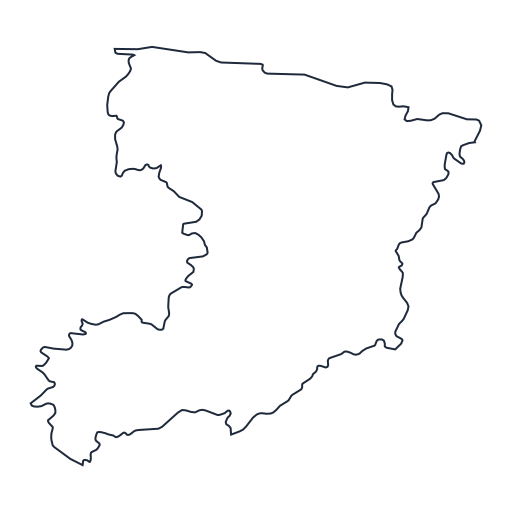 an SVG outline of Rivne
{"feature_id": "UKR-286", "entity_name": "Rivne", "entity_type": "Region", "adm_level": 1, "iso_a3": "UKR", "parent_name": "Ukraine", "parent_adm1": "", "projection": "natural_earth1", "projection_center": [26.178, 50.971], "detail": "fine", "context": "isolated", "style": "outline", "palette": "slate", "viewbox_px": 512, "rotation_deg": 0, "n_neighbors": 0, "source": "natural_earth", "source_scale": "10m", "svg_char_len": 5976}
<svg xmlns="http://www.w3.org/2000/svg" viewBox="0 0 512 512"><path d="M114.7,48.9L137.8,49.2L152.1,46.9L188.3,52.4L200.1,52.1L205.2,53.0L216.1,60.8L221.2,62.5L260.7,63.9L262.7,64.7L262.7,66.2L262.2,68.2L262.6,70.3L264.7,72.6L267.1,73.6L304.5,74.6L336.6,85.9L347.8,87.4L364.9,82.6L379.9,83.0L386.9,84.3L391.5,86.4L392.5,89.8L392.1,94.4L392.1,100.2L393.4,104.5L395.9,106.4L399.3,106.7L403.5,106.3L408.5,107.2L408.0,111.0L405.5,115.7L404.6,119.4L406.8,121.1L410.6,120.8L417.3,119.0L427.4,120.4L430.9,120.2L434.6,118.7L439.3,114.6L442.5,113.2L448.4,113.3L466.9,119.3L476.4,119.5L479.1,120.7L481.3,125.3L480.0,130.7L474.4,141.7L474.8,142.3L469.2,143.0L463.3,145.1L461.2,146.2L460.1,149.4L459.5,153.6L459.7,155.5L460.1,156.7L462.6,158.8L464.0,160.6L464.4,162.2L463.7,163.7L462.6,163.8L460.9,163.3L454.1,158.5L453.1,157.3L452.1,155.2L450.0,153.0L448.3,152.5L446.9,153.2L446.4,154.9L444.7,164.5L444.7,167.3L445.0,169.1L447.8,171.0L448.6,172.2L448.3,174.5L446.2,178.1L443.8,180.1L433.5,182.1L432.9,182.6L432.6,183.2L432.8,184.2L438.6,193.9L439.0,196.7L438.2,199.4L435.9,202.9L434.9,203.7L431.1,205.5L429.5,207.2L426.6,214.0L422.8,218.2L421.4,227.4L419.6,230.0L416.4,232.7L413.9,237.7L413.0,238.8L412.1,239.6L408.1,241.3L401.5,242.5L399.9,243.2L398.8,244.6L397.1,249.0L395.8,250.4L395.7,251.1L398.6,255.8L399.4,260.0L399.9,261.0L402.3,263.4L402.3,264.3L401.7,265.5L399.2,266.8L398.8,267.5L399.9,269.4L402.1,271.8L402.9,273.1L402.7,276.9L400.2,288.7L400.6,292.5L401.6,295.5L403.3,298.1L407.1,302.9L408.5,306.5L407.7,310.3L403.8,318.7L402.4,320.6L399.0,324.0L395.3,331.7L395.2,333.5L395.9,335.4L396.7,336.3L400.9,338.5L402.2,339.5L402.5,340.3L401.2,343.6L395.2,349.4L386.9,347.8L385.9,347.3L384.8,346.4L384.8,343.4L383.8,340.5L381.7,339.4L378.9,339.5L377.9,339.8L376.7,340.9L375.1,345.0L374.6,345.6L366.2,348.5L362.0,351.2L360.0,353.2L358.3,354.2L355.7,354.7L353.6,354.3L350.2,352.6L346.7,351.5L345.4,351.5L344.4,351.7L341.2,354.1L329.3,358.2L328.4,359.3L327.8,360.8L328.2,365.0L327.5,366.8L325.8,367.5L320.8,365.9L318.8,365.7L317.8,366.1L317.3,366.8L317.0,369.6L316.5,370.6L315.8,371.8L313.0,374.1L312.4,375.9L311.5,377.2L310.0,378.8L302.5,383.7L302.1,385.2L302.2,387.2L301.3,389.3L292.4,394.8L291.3,395.8L288.8,400.0L287.8,401.0L280.0,405.8L276.4,409.8L273.4,412.4L270.8,413.5L266.7,413.8L261.9,413.2L259.6,413.4L256.9,414.4L253.1,417.5L246.1,426.5L243.2,429.5L239.6,431.4L231.1,434.6L230.6,428.0L229.0,426.0L226.3,424.2L225.7,422.1L227.0,418.9L227.8,417.5L229.7,415.7L230.7,413.5L230.1,411.5L229.2,410.6L227.7,410.7L224.6,413.2L219.6,414.9L217.6,415.0L205.4,410.4L202.3,409.8L199.5,410.3L194.9,412.4L190.9,411.9L186.0,410.4L182.1,410.0L178.0,412.5L162.1,426.8L158.4,428.7L138.5,430.0L135.6,430.5L134.0,431.3L130.4,434.1L128.7,434.9L127.6,434.9L126.8,434.6L125.6,433.2L124.5,432.6L123.7,432.7L123.0,433.0L119.2,436.0L116.8,437.1L115.7,437.1L113.0,435.4L108.7,434.5L105.0,433.1L100.7,432.1L98.7,432.0L97.4,432.3L96.6,433.7L95.6,437.1L95.4,438.9L95.8,440.4L96.3,441.0L99.4,443.5L99.7,444.9L98.2,447.7L96.5,449.7L91.5,452.2L91.0,452.8L90.6,454.4L90.8,456.9L90.7,459.9L90.0,461.8L89.4,461.9L87.2,460.3L85.0,459.9L83.8,460.2L83.2,460.8L82.6,465.1L70.3,458.9L54.3,447.1L52.7,445.4L51.4,439.9L51.2,437.2L51.4,433.5L52.8,428.1L52.7,427.0L48.7,422.7L48.1,421.3L48.0,420.3L53.4,415.7L55.3,413.1L55.4,410.2L54.7,407.2L53.4,404.8L49.9,403.5L47.8,403.4L46.0,403.8L41.5,406.1L37.7,406.7L34.2,406.5L31.8,405.6L30.7,403.3L40.9,395.4L46.6,389.5L47.9,388.6L53.3,386.9L54.4,385.6L54.8,384.5L54.8,383.5L54.1,382.2L50.1,381.4L48.7,380.5L44.4,374.3L42.8,372.6L36.7,368.4L35.8,366.8L36.0,366.1L36.7,365.7L41.9,366.0L43.5,365.4L46.0,362.9L48.9,358.3L48.6,357.7L47.0,356.2L41.2,352.4L40.6,351.3L40.6,350.5L41.1,349.6L42.8,347.7L44.6,346.9L53.5,348.6L66.5,349.7L69.2,349.0L71.0,347.6L72.3,345.5L72.4,342.8L71.4,339.8L69.3,336.5L69.0,335.6L69.2,334.2L69.8,333.5L70.7,333.1L82.9,334.5L85.5,334.0L85.9,333.3L85.7,332.6L85.1,332.1L81.2,330.2L80.5,329.5L80.4,328.6L80.7,327.1L82.0,325.6L82.5,324.5L82.6,323.6L81.7,321.4L81.6,320.6L81.8,319.5L82.4,319.3L87.7,322.7L91.3,323.9L95.5,324.7L97.0,324.6L98.6,324.2L103.8,321.6L109.6,319.8L116.2,316.9L119.9,314.6L123.4,313.2L132.4,313.1L135.4,313.8L138.0,315.9L141.7,319.8L141.6,321.8L142.1,322.4L142.8,322.7L149.5,323.7L151.4,324.3L157.7,329.3L159.9,329.8L161.7,329.7L162.6,329.3L163.3,328.6L164.8,321.2L165.7,319.7L168.7,316.1L169.1,314.5L169.1,312.8L168.2,307.0L168.7,297.7L169.1,296.0L170.0,294.4L170.8,293.6L181.5,287.2L183.4,286.9L189.3,287.5L190.8,286.6L191.8,285.2L192.0,284.7L191.4,283.7L186.4,281.5L185.6,281.1L185.4,280.2L186.0,278.8L188.2,276.0L193.3,272.0L193.7,270.3L193.8,268.5L193.2,267.2L190.9,265.0L187.5,262.8L187.1,262.1L187.0,261.1L187.7,259.5L189.4,258.1L202.9,256.4L206.6,254.4L207.4,253.3L207.6,252.4L206.8,247.4L205.0,245.0L203.9,241.1L201.3,237.3L198.4,234.7L195.4,233.1L193.5,233.2L191.8,233.5L189.5,234.9L187.9,235.2L183.5,233.7L182.2,232.7L183.2,224.2L184.0,223.7L196.1,221.8L199.4,219.5L201.7,215.7L202.0,211.1L201.4,209.6L192.3,202.1L179.2,196.9L173.9,191.3L169.0,188.1L167.8,187.0L167.5,186.4L166.9,183.1L166.2,182.2L160.7,179.9L159.6,178.8L158.6,176.7L159.3,172.7L161.0,167.9L161.1,166.0L160.8,165.3L156.7,168.0L154.9,168.4L152.7,168.4L149.9,167.5L148.9,166.3L148.3,164.9L146.9,164.4L145.4,165.1L143.3,168.5L142.0,169.5L140.4,170.2L138.5,170.1L134.9,169.0L132.8,168.8L128.6,169.2L124.6,170.8L123.1,172.7L121.7,175.8L120.4,176.6L118.1,175.9L116.9,174.9L115.7,173.0L115.4,171.2L116.8,162.2L116.4,157.8L116.6,155.0L117.6,149.4L117.3,146.8L115.1,139.1L115.1,134.6L115.9,132.5L116.9,131.2L121.1,128.1L122.1,127.0L123.4,124.7L123.9,122.3L123.1,121.0L122.4,120.5L117.8,119.0L117.4,118.4L116.7,116.1L116.3,115.7L112.6,116.1L110.5,115.8L108.9,115.0L108.4,114.4L107.7,112.2L107.2,105.1L108.2,96.9L109.1,93.3L110.5,91.2L118.9,81.7L126.1,76.5L128.3,73.9L130.1,71.2L130.9,69.0L130.8,68.1L128.9,63.3L128.6,61.8L128.8,59.2L129.3,58.4L130.5,57.3L134.2,55.2L132.9,54.6L117.5,53.8L115.4,52.7L114.7,48.9Z" fill="none" stroke="#1e293b" stroke-width="2"/></svg>